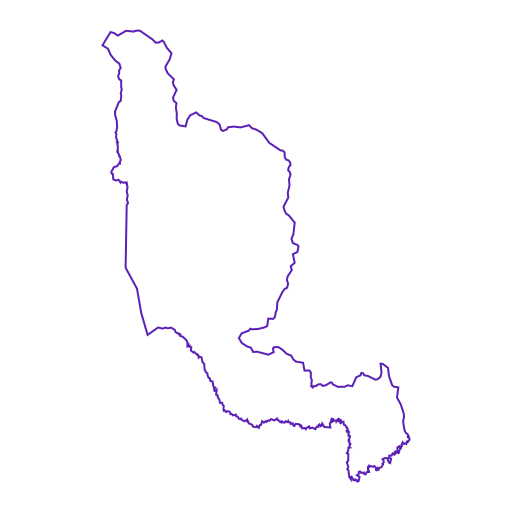 the district of Ikelenge, North-Western, Zambia
{"feature_id": "96606910B32160654105939", "entity_name": "Ikelenge", "entity_type": "district", "adm_level": 2, "iso_a3": "ZMB", "parent_name": "Zambia", "parent_adm1": "North-Western", "projection": "equal_earth", "projection_center": [24.346, -11.254], "detail": "fine", "context": "isolated", "style": "outline", "palette": "violet", "viewbox_px": 512, "rotation_deg": 0, "n_neighbors": 0, "source": "geoboundaries", "source_scale": "gbopen_adm2", "svg_char_len": 6077}
<svg xmlns="http://www.w3.org/2000/svg" viewBox="0 0 512 512"><path d="M380.6,363.7L381.5,373.0L380.3,377.1L377.2,379.4L375.4,379.7L368.0,376.0L364.2,375.3L363.2,373.3L361.8,372.9L361.1,373.2L360.6,375.3L356.3,377.2L352.3,386.2L347.7,385.3L344.9,386.7L338.1,386.9L332.7,384.3L331.8,382.6L330.6,382.3L325.8,385.3L322.6,385.9L321.1,384.3L319.3,384.2L317.1,384.9L316.3,386.1L313.8,386.2L312.8,387.5L311.2,386.1L311.8,385.6L311.3,383.9L311.9,380.5L310.7,377.0L310.9,372.6L309.4,370.5L304.5,370.6L303.1,362.8L295.7,361.5L293.1,359.1L291.2,355.6L286.6,353.8L282.4,349.7L278.4,347.1L273.9,347.2L272.9,348.6L273.7,352.1L268.4,354.7L257.1,351.7L253.2,352.0L250.9,347.7L247.1,346.5L241.8,343.0L238.9,338.1L241.7,333.3L248.7,330.7L250.3,328.7L251.9,329.3L257.9,329.0L264.9,327.3L267.2,326.0L268.3,318.6L273.1,318.9L274.8,317.3L275.8,312.0L276.8,310.0L277.4,302.2L282.3,292.2L284.6,289.1L287.1,287.7L288.1,283.7L286.9,279.9L287.6,276.5L291.8,270.0L290.7,266.2L294.7,262.8L292.9,254.2L297.4,252.0L298.5,246.3L297.6,245.1L292.8,243.0L291.5,238.8L293.4,234.2L294.7,222.6L288.8,215.4L286.2,213.7L284.8,211.3L283.5,206.7L288.3,197.5L287.8,192.8L289.5,185.7L289.0,179.3L290.6,174.5L289.6,171.8L288.1,170.1L288.9,166.8L290.6,165.0L289.9,162.0L288.4,160.3L286.3,159.7L284.8,157.4L284.5,152.2L282.6,150.6L280.5,150.4L269.3,142.9L262.2,133.1L256.3,129.6L251.9,128.2L249.1,125.2L240.6,127.4L233.8,126.6L228.0,127.3L226.8,129.4L222.9,131.0L221.0,129.6L219.7,124.6L216.8,122.1L203.5,118.0L201.9,116.1L199.6,115.5L196.1,112.4L190.1,115.4L187.4,119.6L185.6,126.4L179.4,125.4L177.8,123.7L176.7,118.9L176.8,113.5L175.9,107.8L176.4,103.1L173.7,100.7L173.0,97.7L176.6,89.9L173.6,85.2L172.9,82.2L173.9,79.3L167.7,73.3L165.6,68.6L165.4,66.7L169.7,59.3L171.5,53.3L166.7,47.6L163.9,42.0L162.4,40.5L158.6,42.6L155.6,42.6L152.6,39.5L139.9,30.7L135.9,30.7L133.8,31.6L126.1,30.8L117.8,35.6L114.0,33.0L110.5,32.1L102.5,45.3L108.0,48.8L110.8,55.1L115.4,60.7L119.3,63.6L120.7,68.0L119.1,70.3L119.2,73.2L118.1,76.3L119.1,79.2L121.2,80.5L121.2,87.3L121.8,89.4L120.7,93.4L121.3,95.7L120.7,100.9L118.8,102.2L115.0,111.6L115.2,115.4L116.8,120.9L117.1,127.2L116.4,131.3L115.5,132.5L116.4,133.7L116.1,137.5L117.6,141.8L117.0,142.1L117.8,142.8L117.3,143.2L117.9,147.5L117.4,151.3L117.9,151.2L117.8,152.8L118.7,153.6L119.1,156.0L119.7,156.0L120.8,160.1L119.9,161.6L120.0,163.4L119.3,163.2L117.1,166.2L113.9,167.1L111.3,172.0L111.8,173.7L112.8,173.8L113.3,179.4L115.9,180.5L118.5,179.8L120.4,182.4L120.7,181.6L123.5,182.8L125.4,182.3L126.3,183.7L126.8,183.1L127.5,187.5L126.7,191.8L127.7,195.3L126.9,199.4L128.0,203.2L126.7,205.0L125.6,267.7L137.0,288.7L141.2,312.8L147.6,334.9L158.1,327.5L162.8,328.6L165.4,327.6L168.0,328.3L171.1,327.6L174.8,329.9L175.4,331.9L176.7,332.9L178.2,333.2L178.8,334.3L179.7,333.9L180.5,334.8L180.2,335.9L182.8,336.8L186.4,340.2L187.3,342.2L187.4,345.8L188.4,344.8L188.4,346.3L189.7,345.7L190.0,346.9L191.2,347.1L190.9,350.5L193.5,352.6L194.3,352.0L197.4,355.1L197.7,354.6L198.6,355.7L198.7,357.5L199.5,356.8L201.5,357.3L202.5,362.2L204.2,363.8L204.6,369.3L205.9,372.2L207.5,373.5L207.4,374.8L208.7,378.0L209.8,378.3L210.3,380.9L212.5,381.4L213.5,386.7L215.3,387.7L214.0,388.6L214.5,390.8L216.3,390.0L215.9,390.9L216.6,390.9L216.1,394.6L217.7,395.3L217.7,397.1L219.4,399.8L220.0,402.8L222.2,402.8L222.5,404.6L223.8,406.0L223.4,409.5L223.9,410.8L224.7,410.3L226.1,412.0L227.5,411.2L229.2,411.5L230.6,413.3L230.4,414.1L232.0,414.2L232.9,415.4L235.8,414.6L236.1,416.2L237.6,416.6L239.0,418.9L241.1,418.6L241.3,419.6L244.3,421.3L246.3,420.2L246.9,421.0L247.3,419.9L248.9,423.4L252.1,424.7L253.0,426.7L256.4,427.1L257.0,426.0L258.8,427.8L259.7,425.2L261.0,424.9L262.1,421.2L263.9,422.6L266.0,421.0L266.8,421.8L268.3,420.4L269.3,420.8L271.1,419.1L274.1,420.4L276.6,418.9L276.4,419.6L278.2,419.9L279.6,421.7L281.1,422.3L281.0,421.4L281.8,421.3L282.2,423.0L282.4,421.8L284.5,422.7L285.7,421.2L287.7,422.2L288.2,421.1L288.7,422.2L290.2,422.3L290.7,424.0L292.7,423.2L293.5,425.7L294.4,426.0L295.6,423.8L299.2,424.3L299.5,425.2L300.7,425.2L300.6,426.6L301.6,426.4L302.1,428.4L304.6,428.0L305.8,429.2L306.3,428.1L309.2,426.4L309.7,428.3L312.9,427.7L315.3,429.2L316.9,426.6L318.4,426.8L318.3,425.5L319.5,424.4L320.8,426.2L321.4,425.9L322.2,423.5L324.4,427.0L330.3,427.5L329.8,423.8L330.9,421.6L331.2,422.3L332.5,421.6L331.3,420.0L331.7,418.7L333.3,419.1L333.4,421.0L336.4,420.3L336.5,421.4L337.0,420.7L338.3,421.1L338.0,419.2L338.6,418.7L339.4,419.3L338.6,420.5L339.9,421.5L341.1,419.5L341.0,422.0L340.1,424.0L341.2,422.5L343.5,421.7L343.8,424.6L345.6,425.5L346.5,427.6L347.2,427.6L347.7,429.5L346.7,430.5L346.8,431.6L348.4,431.2L349.1,432.1L348.4,433.0L348.5,435.3L349.0,434.9L350.1,436.3L348.6,440.1L349.4,440.4L348.8,441.6L350.4,443.9L349.6,444.3L349.9,445.4L348.9,447.3L349.5,447.6L348.4,447.8L348.3,450.4L346.8,453.2L348.3,453.8L348.2,460.8L346.8,462.3L348.3,466.9L347.3,469.0L348.4,470.1L349.3,477.2L350.8,479.2L350.7,477.2L351.6,476.7L353.4,480.2L355.1,480.3L355.3,479.5L357.3,481.3L357.5,480.4L358.6,480.9L359.4,478.0L359.5,476.9L357.0,475.2L358.6,474.3L358.9,471.7L360.3,471.6L361.3,473.0L363.9,472.5L364.5,474.3L365.7,474.2L366.8,472.1L369.1,472.0L368.8,470.4L368.0,470.0L368.0,466.9L368.8,465.9L369.2,467.2L370.4,466.0L373.2,466.8L374.4,466.0L375.9,467.7L376.1,470.1L376.7,470.3L377.7,468.2L378.7,469.5L379.4,467.8L381.4,467.2L383.0,464.6L382.4,463.9L383.6,462.5L383.7,460.9L382.6,459.1L385.2,458.0L387.3,458.2L388.8,462.4L390.1,463.1L391.1,458.7L389.0,457.8L389.3,455.5L391.6,455.7L392.6,453.5L394.4,454.7L395.2,453.8L394.5,452.6L395.4,451.4L396.5,451.7L396.1,453.1L396.7,452.4L398.5,453.1L399.2,452.1L398.8,450.8L397.4,450.6L397.4,447.3L399.3,446.3L400.2,449.1L401.0,448.0L401.0,446.6L401.9,446.1L401.4,445.1L402.7,442.3L403.8,444.0L405.3,443.3L406.3,444.0L406.8,442.3L407.7,442.0L407.3,441.4L409.2,440.4L409.5,438.9L408.9,437.2L408.1,437.4L407.7,436.5L408.4,435.8L407.8,434.4L405.6,432.6L404.5,430.1L403.1,421.7L404.0,416.8L403.8,413.7L400.7,404.3L397.0,397.5L398.3,387.4L393.8,386.6L392.2,385.3L389.0,376.0L388.0,367.9L382.6,363.8L380.6,363.7Z" fill="none" stroke="#5b21b6" stroke-width="2"/></svg>